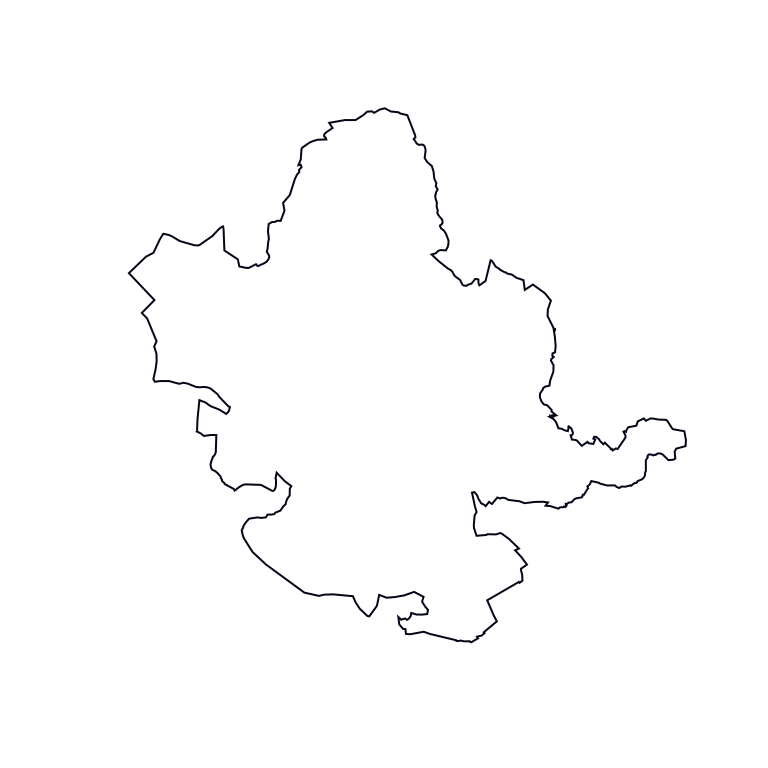 the district of Beclean, Bistrita-Nasaud, Romania, rotated 223°
{"feature_id": "2599482B65720135883018", "entity_name": "Beclean", "entity_type": "district", "adm_level": 2, "iso_a3": "ROU", "parent_name": "Romania", "parent_adm1": "Bistrita-Nasaud", "projection": "robinson", "projection_center": [24.16, 47.164], "detail": "fine", "context": "isolated", "style": "outline", "palette": "ink", "viewbox_px": 768, "rotation_deg": 223, "n_neighbors": 0, "source": "geoboundaries", "source_scale": "gbopen_adm2", "svg_char_len": 6166}
<svg xmlns="http://www.w3.org/2000/svg" viewBox="0 0 768 768"><g transform="rotate(223 384 384)"><path d="M550.3,596.5L556.9,592.8L558.7,592.6L564.8,588.0L571.4,586.2L574.2,582.0L576.2,575.6L578.9,575.1L582.1,571.6L582.5,566.6L584.9,557.5L592.4,550.6L602.2,537.6L596.2,536.1L597.8,529.3L598.0,526.6L597.6,525.2L596.9,524.4L594.5,524.3L593.0,523.5L599.1,517.4L601.3,513.8L603.1,509.8L605.0,501.0L604.6,499.6L598.1,491.6L595.8,485.7L594.6,487.5L592.2,486.4L592.1,482.4L590.5,481.2L590.5,478.1L589.0,473.2L581.8,458.0L581.3,447.6L575.0,442.9L570.8,432.8L573.5,430.6L574.2,428.3L576.3,426.1L577.5,422.4L572.9,416.4L567.4,411.9L565.4,408.7L561.0,403.0L560.1,400.9L555.9,399.6L554.3,398.5L553.5,396.0L553.3,393.3L554.0,390.5L556.6,384.3L557.7,384.0L559.3,384.3L562.1,376.6L564.2,374.8L569.9,371.3L575.7,375.3L576.5,375.4L591.8,372.8L606.7,387.6L609.1,389.5L609.6,389.0L610.4,384.8L610.4,375.3L613.6,360.4L614.4,358.5L617.6,356.0L630.8,349.3L640.4,347.2L643.3,346.1L647.9,343.3L646.6,337.0L642.1,322.7L644.9,314.8L646.2,291.1L609.1,288.8L609.6,270.8L601.9,270.4L579.4,260.1L577.7,254.7L571.1,251.0L565.7,245.5L560.9,238.7L556.0,230.3L553.1,229.4L549.5,233.7L543.3,239.5L534.0,244.4L531.4,248.2L527.6,250.5L519.6,253.6L516.9,255.6L513.6,259.1L511.2,260.9L508.0,262.4L498.5,263.0L495.9,262.3L482.8,261.5L481.0,262.1L479.3,259.1L478.8,257.0L479.0,254.5L486.8,253.0L495.8,249.5L502.1,248.7L508.0,246.3L496.5,231.2L488.9,222.4L488.6,221.6L484.3,222.9L480.4,223.1L475.5,229.0L471.8,232.3L460.4,219.3L459.3,216.2L459.5,214.2L457.3,209.0L455.8,206.7L453.2,204.7L451.0,204.1L448.2,205.2L444.3,205.3L440.2,204.8L439.1,203.9L437.5,203.6L436.2,202.6L433.2,202.7L432.4,202.2L422.2,204.8L420.5,204.2L419.7,209.4L418.5,213.7L417.1,215.9L405.2,226.3L392.9,229.6L392.0,230.4L391.9,232.3L393.2,235.3L397.6,240.3L398.9,240.9L402.0,245.9L390.0,245.3L382.1,246.1L381.5,243.2L377.0,238.2L376.4,234.0L375.3,231.1L373.9,228.9L374.2,226.0L373.4,220.8L375.8,215.6L375.6,214.0L377.0,212.0L380.1,209.1L379.4,205.9L382.3,202.5L385.8,199.9L390.8,193.5L390.7,189.1L390.1,184.9L388.8,182.1L388.4,180.1L384.4,177.2L381.2,175.6L365.6,171.5L347.1,171.5L300.0,177.1L287.0,184.7L284.4,188.8L277.7,195.5L262.0,207.6L255.5,204.8L248.4,203.1L237.9,203.0L236.3,204.1L237.9,216.9L243.7,226.5L236.3,229.5L231.0,235.3L225.1,243.1L220.2,252.5L209.9,255.3L207.7,250.8L202.2,249.3L197.8,248.8L195.5,245.2L198.9,241.3L203.0,237.6L207.9,235.1L206.2,232.5L205.8,229.2L206.4,227.2L208.4,227.0L209.6,225.5L210.6,223.3L214.6,223.4L208.9,218.6L203.1,217.9L201.1,219.4L197.6,216.2L194.2,218.8L186.0,229.9L179.8,232.6L156.5,245.8L155.9,245.4L154.6,246.4L152.8,248.8L149.9,250.4L145.9,254.3L144.7,254.2L144.0,254.7L141.8,262.1L143.7,262.6L141.0,266.6L140.6,270.4L141.7,270.5L139.6,287.4L146.0,289.6L161.0,296.2L150.4,331.2L149.3,331.0L148.6,334.6L152.8,338.7L157.2,341.5L157.8,342.4L156.3,349.4L165.5,351.1L174.7,351.8L173.1,355.7L187.2,355.9L195.0,355.0L197.3,354.4L199.5,350.4L205.8,344.8L206.2,343.4L212.8,336.1L220.0,340.1L222.2,342.2L228.1,349.7L229.0,353.5L234.2,356.6L245.6,364.6L244.1,366.6L240.2,366.2L236.8,364.5L231.5,363.0L228.0,364.1L226.3,364.0L226.8,369.4L223.2,369.9L223.7,378.3L220.9,379.5L220.2,381.1L219.0,382.3L217.0,383.4L213.9,384.1L205.0,390.6L199.9,392.7L193.3,400.6L187.2,406.5L183.3,409.2L182.8,405.2L179.3,408.0L171.4,411.8L171.2,413.8L168.9,416.1L168.9,417.1L167.3,417.8L167.6,419.6L168.7,419.6L169.4,420.3L168.3,421.2L168.1,423.1L166.2,425.4L166.2,429.4L165.6,431.3L162.1,435.9L162.1,437.0L162.9,437.9L163.0,438.9L162.2,439.5L163.4,444.8L163.5,446.9L165.4,447.8L165.0,450.9L166.2,454.4L159.5,458.3L158.0,458.5L151.7,461.9L146.0,467.3L143.4,467.4L141.0,468.4L140.4,471.0L137.6,473.3L135.2,476.9L135.0,477.7L133.7,478.2L133.7,480.1L132.9,482.9L131.9,483.7L132.3,485.9L130.4,490.1L130.1,492.2L130.6,494.7L132.8,497.6L133.0,498.8L140.4,506.7L141.2,510.4L141.9,510.6L142.3,511.6L142.2,513.3L139.3,515.3L138.3,515.5L137.6,517.2L137.0,517.4L136.5,519.8L134.8,521.5L132.4,522.5L124.0,522.3L120.6,526.2L120.1,528.1L125.3,532.7L126.2,536.0L121.1,544.2L124.9,548.9L132.1,554.3L141.7,548.1L143.0,548.0L151.7,550.3L153.4,550.0L159.0,545.2L163.6,542.3L165.6,540.5L167.4,535.7L170.5,536.0L172.9,529.7L171.0,525.6L175.9,518.9L175.2,515.5L174.4,514.1L176.0,513.5L176.3,512.4L172.6,511.2L170.9,509.6L168.8,495.8L170.5,494.9L171.4,491.5L172.5,492.0L172.9,492.0L173.1,491.1L173.7,491.0L174.5,491.5L182.5,491.7L182.5,489.5L187.5,489.7L189.0,490.3L192.6,490.1L194.3,488.7L193.6,486.8L191.7,487.5L190.0,483.0L194.0,480.1L195.7,480.5L197.2,473.6L203.9,474.2L205.4,473.9L208.7,471.5L212.5,473.8L211.8,474.4L211.7,475.4L212.0,476.5L212.9,477.4L216.9,479.3L220.1,479.0L220.1,478.5L218.9,477.5L217.4,474.9L220.4,473.3L223.6,472.4L226.2,470.6L232.3,473.5L236.3,474.0L240.4,472.9L239.9,473.6L240.8,473.6L241.0,474.1L239.7,474.3L238.7,475.1L239.5,475.2L239.7,475.8L238.9,476.5L237.6,476.9L236.6,478.5L242.9,478.2L243.7,479.4L250.3,479.7L253.0,478.1L254.1,478.2L257.2,478.7L261.1,480.8L263.4,483.5L264.1,488.1L264.8,489.8L264.3,492.1L261.9,495.6L264.8,499.8L268.6,508.6L272.7,513.3L277.9,515.0L278.6,516.4L278.3,519.5L280.2,519.5L281.6,521.3L280.5,523.7L284.2,528.7L291.4,535.2L296.8,539.4L295.7,539.9L296.4,540.9L297.8,540.4L310.8,545.3L315.0,550.3L318.8,558.8L328.2,560.1L342.9,558.3L345.2,548.8L352.8,555.1L359.5,552.0L365.2,551.2L369.2,548.8L370.8,548.8L371.9,548.0L377.6,546.6L378.6,546.8L382.3,546.0L389.1,547.7L390.4,547.2L380.0,528.6L381.5,521.2L383.7,522.2L386.2,524.8L387.4,524.3L388.9,523.0L388.5,517.0L390.3,513.9L390.6,512.2L392.6,510.5L394.3,510.1L399.3,512.0L404.9,511.3L407.1,511.5L410.1,512.6L412.6,512.9L415.4,512.1L428.0,511.1L437.5,511.2L435.3,514.9L435.1,518.3L434.2,520.3L429.9,523.9L430.9,527.8L432.4,530.4L434.8,533.0L441.0,536.1L444.9,537.1L448.0,536.7L450.6,537.5L451.2,538.4L450.7,540.1L451.1,541.9L453.6,543.9L459.1,544.5L461.9,545.6L462.7,547.3L466.4,549.6L469.4,553.0L471.9,554.2L475.2,556.8L475.6,558.2L476.7,559.6L477.4,562.9L481.0,563.9L482.6,566.5L487.3,568.5L492.7,573.2L497.6,576.0L503.7,575.8L508.4,577.0L512.9,583.3L516.2,585.5L517.9,585.7L519.3,585.2L520.7,583.9L521.5,582.6L524.1,582.2L529.4,583.5L529.2,585.8L531.0,587.2L550.3,596.5Z" fill="none" stroke="#020617" stroke-width="2"/></g></svg>